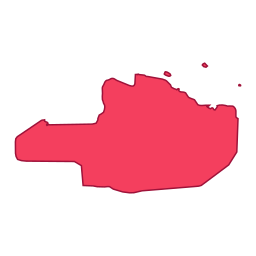 East Sepik, Mercator projection
{"feature_id": "PNG-1239", "entity_name": "East Sepik", "entity_type": "Province", "adm_level": 1, "iso_a3": "PNG", "parent_name": "Papua New Guinea", "parent_adm1": "", "projection": "mercator", "projection_center": [143.363, -4.131], "detail": "fine", "context": "isolated", "style": "filled", "palette": "rose", "viewbox_px": 256, "rotation_deg": 0, "n_neighbors": 0, "source": "natural_earth", "source_scale": "10m", "svg_char_len": 2426}
<svg xmlns="http://www.w3.org/2000/svg" viewBox="0 0 256 256"><path d="M135.4,74.5L136.6,74.4L137.7,74.6L138.1,74.1L139.3,74.6L144.0,75.1L144.7,75.3L146.0,76.3L146.8,76.5L147.7,76.5L162.3,79.1L165.4,80.2L166.6,81.0L170.5,84.9L171.2,86.8L171.5,87.3L172.0,87.6L173.1,88.1L173.6,88.5L174.2,88.7L176.2,89.4L176.5,89.7L177.1,89.4L178.1,88.7L178.5,88.7L178.9,88.8L179.1,89.3L178.5,90.1L179.2,91.0L179.9,91.6L180.8,91.9L183.3,92.1L184.6,92.4L185.6,92.9L188.2,96.9L189.0,97.6L191.9,98.8L192.9,99.1L194.5,99.8L197.8,104.7L199.6,105.4L201.9,105.5L206.3,105.2L207.1,105.3L207.9,105.2L209.6,105.2L209.0,105.8L208.4,106.1L207.6,106.2L206.8,106.2L207.3,107.0L207.9,107.4L208.6,107.7L209.3,108.3L210.4,108.7L212.1,107.8L213.1,108.3L213.6,109.2L214.0,109.7L214.5,109.9L215.3,109.8L215.4,109.7L215.4,109.4L215.7,109.0L216.3,108.3L216.9,107.3L217.3,106.4L217.1,105.7L219.4,105.1L222.5,105.0L225.6,105.5L227.9,106.2L228.8,106.0L232.3,106.1L233.3,106.4L234.3,107.3L235.1,108.4L235.6,109.5L235.9,110.9L235.9,116.8L236.4,117.5L237.4,118.3L238.0,118.6L238.0,118.8L236.8,152.0L228.7,164.9L201.3,185.4L198.9,186.1L196.0,186.4L142.0,190.8L133.9,192.7L129.6,192.8L122.7,191.9L113.3,189.1L109.6,186.7L108.6,186.6L107.4,186.6L104.5,186.9L97.2,186.7L93.1,185.9L83.1,185.5L81.4,165.6L74.4,161.5L26.3,161.1L21.4,160.6L17.6,159.4L16.1,156.5L15.5,153.3L15.4,141.8L15.8,138.7L17.3,136.7L41.4,120.4L42.0,120.2L43.1,120.0L43.3,120.1L44.6,119.8L44.7,121.2L45.7,121.8L46.9,122.1L47.9,123.1L46.9,124.2L46.6,124.9L47.0,125.4L48.8,124.5L49.4,124.8L50.5,124.8L92.3,124.1L96.1,123.2L97.5,120.7L97.9,119.6L97.9,118.5L99.2,115.1L101.4,113.8L103.5,112.3L104.4,109.7L104.8,107.0L104.6,105.4L104.4,104.7L103.9,103.9L103.6,103.4L103.1,101.4L102.6,100.2L102.4,99.4L102.3,96.3L102.5,93.5L102.3,88.4L102.4,87.3L102.6,86.7L103.8,84.6L104.8,82.2L105.6,81.1L106.5,80.4L108.3,80.0L109.3,79.6L111.1,78.6L112.0,78.4L112.8,78.4L113.7,78.6L114.7,79.1L116.8,80.4L129.3,85.5L131.2,86.0L132.3,86.1L133.3,86.0L134.2,85.3L134.9,83.8L135.4,74.7L135.4,74.5ZM169.7,76.2L168.5,76.2L166.6,75.5L166.2,75.3L165.4,75.0L164.3,74.1L164.4,73.5L164.8,73.0L164.9,72.2L165.4,71.8L166.8,72.0L168.6,72.9L170.3,74.2L170.7,75.5L169.7,76.2ZM202.3,65.0L203.2,63.8L204.7,63.2L206.4,65.0L207.4,66.0L206.0,67.2L203.7,66.6L202.3,65.0ZM239.3,84.5L240.0,84.7L240.6,85.2L240.6,85.7L240.2,85.9L239.8,85.8L239.3,85.8L239.0,85.8L238.8,85.5L238.8,85.0L239.3,84.5Z" fill="#f43f5e" stroke="#9f1239" stroke-width="1.5"/></svg>